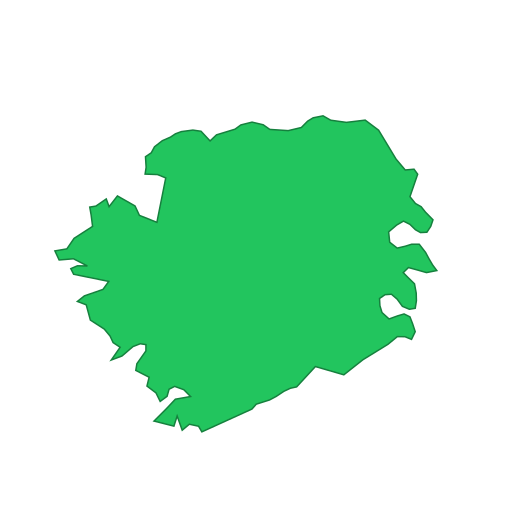 Charrua, Rio Grande do Sul, Brazil, rotated 155°
{"feature_id": "56859067B76917344128556", "entity_name": "Charrua", "entity_type": "district", "adm_level": 2, "iso_a3": "BRA", "parent_name": "Brazil", "parent_adm1": "Rio Grande do Sul", "projection": "albers", "projection_center": [-52.001, -27.948], "detail": "fine", "context": "isolated", "style": "filled", "palette": "green", "viewbox_px": 512, "rotation_deg": 155, "n_neighbors": 0, "source": "geoboundaries", "source_scale": "gbopen_adm2", "svg_char_len": 1931}
<svg xmlns="http://www.w3.org/2000/svg" viewBox="0 0 512 512"><g transform="rotate(155 256 256)"><path d="M379.4,119.5L324.3,119.0L318.4,121.6L304.6,119.8L297.0,120.2L287.8,121.6L280.7,121.6L274.5,120.2L248.9,130.7L226.6,111.2L202.9,116.8L173.7,120.2L162.0,123.2L155.1,119.9L150.3,114.7L143.7,120.1L142.7,128.3L142.2,135.8L146.3,140.9L153.0,141.9L162.0,142.7L165.7,151.5L164.7,158.6L162.0,165.3L155.4,166.4L149.4,164.1L146.3,157.2L144.6,148.5L139.5,142.9L133.8,141.3L129.5,147.7L126.5,154.6L124.1,163.8L127.4,172.5L129.6,178.7L122.7,181.1L115.4,174.9L108.5,168.9L98.3,166.4L99.7,173.2L100.4,180.5L100.8,187.6L103.1,197.7L110.0,200.9L116.7,201.8L124.7,203.5L129.0,212.0L125.6,221.8L115.4,224.6L107.6,225.3L103.1,219.6L100.4,212.4L97.0,207.7L91.1,205.3L85.1,209.0L80.3,214.0L83.9,224.2L85.5,230.9L89.3,236.2L91.4,244.7L74.9,261.8L76.1,267.9L84.4,270.9L88.1,284.6L91.7,318.2L99.6,333.0L117.6,338.9L130.9,347.5L136.0,354.7L145.8,357.1L152.2,356.4L160.6,353.3L173.8,356.0L190.0,364.9L194.0,371.9L203.0,379.0L214.3,381.2L221.4,379.8L240.6,382.5L249.0,379.7L253.1,392.3L260.0,396.8L271.1,400.3L277.4,400.8L283.2,399.9L292.2,400.1L301.8,397.9L307.3,393.8L314.2,392.7L318.1,382.8L321.9,377.1L310.8,371.4L304.8,364.9L331.6,328.4L344.5,342.1L344.5,352.5L356.2,369.0L368.3,362.8L367.6,371.0L380.0,368.9L386.0,370.6L388.1,362.8L391.6,351.9L413.4,348.9L424.4,342.4L436.1,345.6L436.1,335.6L422.6,330.6L413.0,318.2L422.0,322.6L429.2,322.8L429.0,316.5L400.2,295.2L408.8,290.4L428.4,292.4L437.1,290.3L430.5,283.5L433.2,267.9L424.4,253.9L422.1,245.1L422.1,237.9L417.7,230.7L431.1,222.9L419.7,222.0L405.8,225.9L398.0,225.4L393.2,222.2L395.9,216.5L409.5,208.7L413.3,203.1L404.1,191.3L409.8,184.2L404.5,174.2L404.3,164.7L395.9,166.4L391.1,172.0L384.8,172.2L377.9,165.3L374.7,156.3L389.6,160.3L402.2,155.3L418.2,149.5L402.3,136.5L395.1,144.3L396.5,129.3L387.5,131.7L380.0,126.0L379.4,119.5Z" fill="#22c55e" stroke="#15803d" stroke-width="1.5"/></g></svg>